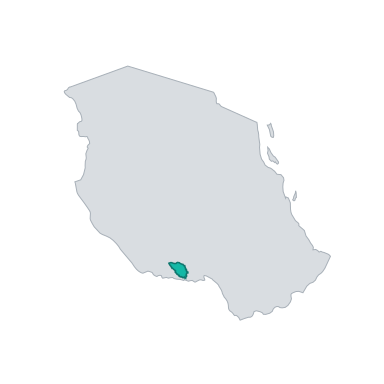 Mbozi, Mbeya, United Republic of Tanzania shown in context, rotated 340°
{"feature_id": "72390352B44769786141856", "entity_name": "Mbozi", "entity_type": "district", "adm_level": 2, "iso_a3": "TZA", "parent_name": "United Republic of Tanzania", "parent_adm1": "Mbeya", "projection": "equal_earth", "projection_center": [32.882, -8.972], "detail": "fine", "context": "in_parent", "style": "filled", "palette": "teal", "viewbox_px": 384, "rotation_deg": 340, "n_neighbors": 0, "source": "geoboundaries", "source_scale": "gbopen_adm2", "svg_char_len": 6676}
<svg xmlns="http://www.w3.org/2000/svg" viewBox="0 0 384 384"><g transform="rotate(340 192 192)"><path d="M154.0,272.3L150.8,270.0L147.9,268.7L145.6,267.2L144.5,265.7L142.3,265.1L140.4,264.9L138.7,263.5L135.0,263.0L134.6,262.1L134.6,260.1L133.9,259.6L132.6,259.1L131.2,259.1L130.3,259.4L129.8,259.2L128.6,258.0L127.5,256.5L127.1,254.1L125.4,252.6L123.5,251.3L118.2,251.5L117.4,251.1L116.1,249.9L114.6,247.9L113.4,245.6L112.3,242.4L111.3,238.2L105.1,221.3L104.5,218.1L103.3,214.6L101.3,210.3L99.2,207.0L96.4,204.1L93.2,201.2L91.5,199.2L88.2,191.3L87.5,187.6L87.0,183.7L87.2,182.2L89.3,177.2L89.5,175.8L89.2,173.9L88.2,169.9L86.9,165.1L84.3,156.4L83.9,154.2L83.9,152.5L85.4,143.6L85.4,142.4L91.6,142.5L96.0,138.6L99.9,132.8L100.7,130.4L102.3,126.6L103.8,124.8L104.4,123.5L105.3,119.8L107.4,117.2L109.4,115.3L108.9,113.9L109.2,113.4L110.3,112.4L112.4,111.5L112.9,109.5L112.8,107.3L112.5,106.1L112.6,104.7L112.2,103.9L110.9,103.7L108.8,102.6L107.1,102.1L105.9,101.5L105.5,101.0L105.3,99.6L106.2,96.2L105.3,94.9L107.4,89.2L107.8,88.5L108.6,88.4L109.8,87.8L111.0,87.5L111.9,87.8L112.6,87.5L113.2,86.9L113.7,85.0L114.1,81.8L113.9,79.1L113.0,77.1L112.7,74.1L113.1,69.9L112.9,66.5L111.9,63.7L110.9,62.1L109.3,61.3L106.9,57.2L106.2,55.1L106.3,53.9L107.1,53.3L108.7,53.5L110.1,53.0L111.5,51.9L112.8,51.5L113.5,51.7L174.7,51.7L246.2,105.5L246.5,106.1L247.0,110.7L246.9,112.3L245.8,115.0L245.5,116.4L245.5,117.3L245.7,117.7L246.7,117.9L247.5,118.5L247.8,119.0L248.4,121.0L249.1,122.0L276.2,148.3L276.8,148.7L276.4,150.9L274.9,156.3L274.8,158.5L274.2,161.2L273.6,162.9L272.0,170.4L270.7,173.2L268.9,179.8L268.6,184.9L269.6,188.4L269.9,191.7L272.0,195.0L273.7,196.2L274.8,197.6L276.8,201.0L277.9,204.4L281.5,206.1L282.9,209.9L282.4,212.5L280.7,214.7L279.1,218.2L277.8,222.8L277.8,229.9L278.6,228.8L280.5,230.6L280.7,235.8L278.7,241.8L278.1,244.6L278.0,247.1L279.4,254.3L281.5,258.0L281.3,259.2L280.8,260.1L284.4,266.6L284.1,272.3L285.4,276.7L286.0,280.6L286.9,283.5L287.1,285.5L285.9,287.7L288.6,288.3L290.1,290.1L290.9,291.9L292.8,291.8L293.9,293.0L295.4,294.0L298.7,297.0L299.6,298.4L300.1,299.8L290.8,309.1L287.5,311.5L285.1,312.6L282.6,313.2L280.2,314.7L277.9,317.0L274.9,318.2L271.4,318.2L267.6,319.8L261.8,324.6L258.4,321.9L255.7,321.1L252.6,321.2L250.7,321.5L250.0,322.1L249.4,323.7L248.9,326.4L246.9,328.9L243.3,331.4L240.1,332.3L237.1,331.7L235.1,330.7L234.0,329.2L232.5,328.6L230.4,328.7L228.4,329.7L226.6,331.6L223.6,332.5L219.4,332.2L217.2,331.3L216.9,329.7L215.1,327.8L211.8,325.6L209.4,325.6L207.8,327.7L206.4,329.0L205.1,329.5L204.0,329.6L202.3,329.0L197.7,328.8L193.4,328.9L193.0,325.9L192.1,324.1L191.3,323.0L189.8,322.7L189.4,321.9L188.9,320.0L188.2,318.4L187.2,317.1L186.7,315.9L186.5,314.8L186.6,313.6L187.5,310.5L187.8,308.4L187.7,306.3L187.2,304.1L186.2,301.4L186.3,300.7L186.0,298.9L185.9,297.6L186.1,296.1L186.0,294.0L185.1,289.6L185.1,288.5L184.2,286.4L181.3,281.4L181.2,280.7L176.7,275.7L174.9,274.6L174.2,275.5L174.0,276.4L174.1,278.0L174.0,278.8L173.8,279.2L172.8,279.1L172.1,278.9L170.4,277.6L169.1,277.2L165.8,277.5L164.6,277.8L163.7,277.5L162.0,275.2L159.9,274.7L158.1,274.6L155.0,271.9L154.0,272.3ZM282.0,187.6L283.5,193.2L283.3,194.3L282.3,194.9L281.7,195.0L281.1,194.1L280.6,192.2L279.8,192.6L278.5,190.4L277.1,190.3L275.9,187.6L276.4,185.2L276.2,181.3L277.6,179.2L278.4,175.8L279.4,178.1L279.6,181.8L280.8,186.1L282.0,187.6ZM289.4,154.4L289.5,155.7L289.2,156.9L289.2,160.9L289.1,163.5L288.0,167.2L287.1,168.5L286.2,168.1L285.6,167.5L285.1,166.5L286.1,159.8L285.6,154.9L287.7,155.4L289.4,154.4ZM286.0,234.9L284.9,235.2L284.5,234.9L283.9,233.8L285.0,232.9L286.1,231.1L288.7,228.4L289.8,226.3L289.6,228.3L288.2,232.9L287.0,233.2L286.0,234.9Z" fill="#d9dde1" stroke="#a8b0b8" stroke-width="1"/><path d="M155.9,254.1L155.4,253.8L155.1,253.7L154.7,253.4L154.3,253.2L154.0,253.2L153.8,253.2L153.4,253.3L153.0,253.6L152.6,253.7L152.2,253.6L151.8,253.5L151.7,253.4L151.4,253.3L151.2,253.3L151.1,253.2L150.8,253.1L150.7,253.0L150.5,252.8L150.4,252.8L150.1,252.6L149.3,252.0L149.1,251.8L149.0,251.6L148.9,251.6L148.5,251.3L148.3,251.3L148.1,251.2L147.7,251.0L147.4,251.0L147.0,251.0L146.6,251.0L145.9,251.0L145.9,251.3L145.9,251.5L146.0,251.7L146.0,252.1L146.1,252.4L146.2,252.5L146.2,253.0L146.3,253.3L146.3,253.6L146.4,253.8L146.5,253.9L146.6,254.2L146.8,254.4L146.8,254.9L146.9,255.1L147.0,255.4L147.0,255.6L146.9,255.8L147.0,256.0L147.1,256.7L147.4,256.6L147.5,256.7L147.5,256.8L147.6,257.0L147.7,257.3L147.7,257.2L147.8,257.3L147.9,257.6L148.0,257.7L148.0,257.8L148.1,258.0L148.3,258.3L148.4,258.5L148.6,258.9L148.6,259.0L148.8,259.2L148.8,259.3L149.2,259.9L149.3,259.9L149.3,260.0L149.4,260.3L149.5,260.3L149.6,260.5L149.2,261.0L148.9,261.2L148.8,261.3L148.8,261.6L148.9,261.8L149.1,261.8L149.3,261.9L149.3,262.0L149.3,262.3L149.3,262.6L149.3,262.8L149.4,263.0L149.5,263.0L149.6,263.3L149.7,263.5L149.7,263.8L149.8,263.8L149.9,264.2L150.0,264.2L150.2,264.3L150.1,264.5L150.3,264.7L150.4,264.8L150.5,264.9L150.5,265.0L150.7,265.3L150.8,265.5L150.8,265.8L150.9,266.0L151.0,266.2L151.0,266.3L151.0,266.5L151.3,266.8L151.4,266.7L151.4,266.8L151.5,266.8L151.6,267.0L151.7,267.3L151.8,267.4L151.8,267.5L152.1,267.7L152.1,267.8L152.3,267.9L152.5,267.9L152.5,268.0L152.8,268.1L153.0,267.9L153.2,268.1L153.3,268.2L153.4,268.6L153.7,268.8L153.8,269.0L153.9,268.9L154.1,268.9L154.2,269.0L154.4,269.0L154.5,269.1L154.7,269.4L154.8,269.6L155.0,269.7L155.3,269.7L155.5,269.7L155.5,269.8L155.6,269.7L155.6,269.8L155.8,269.9L156.0,269.9L156.1,270.0L156.3,270.2L156.4,270.4L156.5,270.6L156.6,270.8L156.7,270.6L156.8,270.5L156.9,270.3L157.0,270.1L157.1,269.9L157.5,269.7L158.2,269.2L157.9,268.8L157.8,268.7L157.9,268.4L157.9,268.2L158.1,267.9L158.4,268.0L158.5,267.7L158.7,267.4L158.8,267.0L158.8,266.9L159.0,266.8L159.1,266.7L159.4,266.6L159.7,266.6L159.8,266.5L160.1,266.5L160.5,266.6L160.6,266.2L160.7,265.7L160.4,265.6L160.3,265.4L160.1,265.3L159.9,265.2L159.7,265.1L159.7,264.7L159.8,264.5L159.8,264.4L160.0,264.2L160.1,263.9L160.0,263.7L159.9,263.6L160.0,263.4L159.9,263.4L159.9,263.0L159.8,262.9L159.7,262.8L159.7,262.7L159.8,262.5L159.8,262.4L159.7,262.4L159.8,262.2L159.7,262.2L159.8,261.7L159.8,261.3L159.7,261.2L159.8,260.9L159.9,260.7L159.9,260.4L159.8,260.1L159.7,260.0L159.7,259.9L159.7,259.6L159.7,259.4L159.6,259.2L159.8,259.0L160.0,259.0L160.0,258.9L159.9,258.9L159.9,258.7L159.7,258.7L159.4,258.5L159.3,258.4L159.2,258.4L159.1,258.2L159.1,257.9L159.0,257.7L159.0,257.8L159.0,257.7L158.9,257.5L158.8,257.4L158.8,257.2L158.8,256.9L158.7,256.8L158.4,256.8L158.1,256.6L157.9,256.4L157.7,256.2L157.4,256.1L157.3,255.9L157.1,255.7L156.7,255.3L156.5,255.1L156.4,254.9L156.2,254.8L155.9,254.2L155.9,254.1Z" fill="#14b8a6" stroke="#0f766e" stroke-width="1.5"/></g></svg>